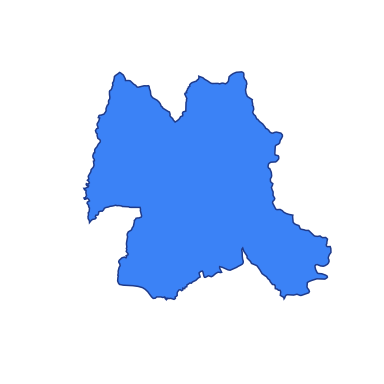 Quirinópolis, Goiás, Brazil (Mercator projection), rotated 67°
{"feature_id": "56859067B31652002665085", "entity_name": "Quirinópolis", "entity_type": "district", "adm_level": 2, "iso_a3": "BRA", "parent_name": "Brazil", "parent_adm1": "Goiás", "projection": "mercator", "projection_center": [-50.519, -18.453], "detail": "fine", "context": "isolated", "style": "filled", "palette": "blue", "viewbox_px": 384, "rotation_deg": 67, "n_neighbors": 0, "source": "geoboundaries", "source_scale": "gbopen_adm2", "svg_char_len": 6028}
<svg xmlns="http://www.w3.org/2000/svg" viewBox="0 0 384 384"><g transform="rotate(67 192 192)"><path d="M274.8,269.3L275.4,267.3L274.8,265.5L276.5,261.5L277.7,260.1L278.0,258.2L279.7,258.3L280.9,257.8L279.9,257.2L280.8,256.8L280.3,255.8L281.0,255.1L281.6,253.1L283.8,250.5L283.5,248.9L282.1,248.6L281.9,247.2L281.5,246.1L279.3,245.2L278.4,244.5L277.1,242.3L277.3,241.1L278.8,240.1L278.5,238.6L277.0,238.1L278.1,236.5L276.8,235.3L277.2,233.9L275.4,232.7L275.4,231.4L274.9,229.8L275.7,228.1L275.0,226.9L274.8,222.9L273.6,219.8L273.4,217.7L269.3,217.2L268.5,215.0L268.9,213.3L269.9,213.2L273.9,213.9L275.4,213.8L275.8,213.0L275.5,209.6L277.5,207.4L277.5,205.8L276.3,202.0L276.0,199.7L276.3,198.7L277.3,197.3L277.5,196.1L272.8,196.3L271.5,195.7L273.3,193.4L277.8,189.2L278.9,187.4L278.8,180.2L278.5,178.8L278.3,175.7L278.0,173.8L277.2,172.6L275.8,171.9L273.4,171.6L270.8,170.8L266.9,169.3L265.3,169.1L264.1,168.4L263.4,167.2L266.7,167.4L272.6,166.3L273.4,166.8L274.4,167.0L278.7,165.3L281.0,165.1L284.9,161.3L285.7,160.9L290.4,159.9L294.5,159.4L297.7,157.5L299.0,156.5L301.5,156.0L303.4,155.0L305.1,155.0L308.5,154.1L309.6,152.3L310.9,152.1L313.5,153.1L314.7,151.5L316.1,150.9L317.0,149.3L318.7,149.4L321.6,151.1L324.9,148.7L326.3,149.0L325.6,147.9L324.5,147.0L323.7,145.6L323.8,144.3L326.6,138.7L327.1,135.3L329.5,132.8L329.9,131.7L330.4,124.0L329.5,122.8L327.8,122.7L325.4,123.3L324.2,123.2L320.4,121.2L320.1,119.2L320.2,116.2L320.7,111.0L324.1,103.7L323.8,101.6L323.3,100.6L322.1,100.5L320.7,101.5L318.0,104.4L316.2,107.8L315.2,108.3L311.7,108.5L309.3,108.1L308.1,107.7L307.4,106.6L307.7,105.1L310.3,102.5L311.6,100.2L311.8,98.6L311.6,96.9L311.4,95.6L310.6,94.1L309.5,93.0L308.1,92.5L306.5,92.5L305.3,92.0L303.3,90.0L301.9,87.7L298.3,86.3L296.2,86.1L295.2,88.8L294.4,89.3L293.0,89.0L291.9,87.9L290.7,87.4L288.3,85.7L286.1,86.7L285.0,89.7L283.8,90.6L282.5,91.3L282.0,93.6L280.9,95.7L280.1,96.6L272.9,99.7L271.8,102.3L270.5,103.7L268.9,106.1L268.2,106.7L264.7,106.7L262.4,109.2L261.0,110.2L259.3,110.7L253.9,109.0L252.7,108.2L250.5,111.5L248.5,113.8L246.3,115.5L244.4,116.2L242.5,117.7L241.4,120.8L240.4,121.6L233.5,122.1L232.3,121.4L231.3,119.2L230.2,118.3L226.8,118.7L223.6,117.3L221.1,117.4L218.8,117.1L217.3,115.4L215.9,114.3L214.3,115.3L212.9,115.6L210.6,114.8L209.2,113.0L208.1,112.3L204.8,111.3L200.8,111.3L200.1,112.1L198.6,112.2L197.0,111.3L196.1,110.6L195.6,109.5L195.4,107.7L197.0,103.2L196.5,101.4L195.3,99.2L193.5,98.4L192.3,98.5L190.4,100.9L189.1,100.8L182.3,97.4L181.7,96.1L181.7,93.9L181.1,92.2L178.8,90.5L177.8,88.9L176.1,87.0L174.7,86.5L172.5,87.2L169.8,90.9L169.4,92.6L169.4,94.6L168.7,95.8L167.7,96.6L166.8,97.0L165.0,97.3L162.8,98.6L162.2,99.4L161.1,99.3L157.1,100.3L153.5,102.3L150.8,103.1L150.0,103.9L146.7,103.9L144.6,104.9L142.3,105.0L139.9,102.8L137.1,102.1L135.7,102.5L134.9,101.8L131.4,101.1L130.6,100.4L125.7,103.7L122.2,103.7L118.8,102.8L116.4,100.9L115.2,100.5L114.0,99.3L111.0,98.7L108.1,99.4L105.6,99.2L104.6,98.5L102.8,98.0L101.7,98.5L100.8,99.4L99.1,104.5L99.1,107.9L99.6,110.5L100.4,112.8L104.2,115.2L105.1,116.8L105.5,118.9L104.0,120.8L103.5,121.8L103.2,124.5L102.2,125.6L100.0,131.1L99.0,132.3L95.9,134.2L93.2,136.3L91.1,137.3L88.1,140.5L89.5,140.9L90.7,142.1L90.9,143.4L91.6,144.5L91.3,149.2L91.7,150.9L92.5,152.3L93.8,152.7L94.0,154.3L94.8,154.6L95.2,155.7L96.3,156.5L97.4,158.1L98.5,158.1L98.3,159.6L98.9,160.4L103.9,160.2L104.8,161.0L106.2,161.5L107.2,162.5L115.1,166.1L114.8,168.7L115.3,169.6L116.2,170.2L117.1,170.2L118.2,170.8L118.2,173.1L119.7,175.0L120.6,177.7L121.0,180.2L118.4,181.1L116.9,181.1L114.0,182.4L112.9,182.4L112.0,181.8L109.5,181.5L108.5,182.5L103.5,186.0L102.2,186.1L101.2,186.8L98.3,186.8L96.4,187.2L94.0,188.2L90.0,191.3L88.1,191.9L86.5,192.0L82.9,190.9L80.3,190.8L77.9,190.2L77.1,190.6L76.7,192.0L75.5,194.6L74.5,200.7L73.8,201.6L71.7,202.2L70.0,203.5L65.6,205.4L64.8,206.4L63.4,209.7L61.8,209.2L57.5,209.5L54.3,211.3L53.6,212.0L54.1,213.4L54.9,217.2L55.6,218.5L56.7,219.0L59.6,221.0L60.7,222.6L63.0,223.2L63.9,224.4L65.0,225.0L65.8,225.9L66.4,226.8L66.6,228.0L67.2,228.7L70.1,229.9L72.7,230.6L74.3,231.5L75.0,232.8L75.8,233.4L77.8,234.1L78.8,235.0L79.0,236.0L80.7,237.7L81.9,238.7L83.6,239.3L84.5,240.3L86.0,242.9L85.7,244.3L85.8,245.4L85.3,246.7L85.3,247.7L86.9,249.2L87.8,248.1L90.3,250.1L92.2,252.7L93.3,253.2L94.7,253.1L96.5,253.5L96.5,255.1L97.8,256.9L100.1,257.1L101.5,256.5L103.0,257.3L105.8,257.7L107.9,256.4L109.2,256.4L110.2,257.1L111.4,259.6L113.3,261.9L114.3,264.1L115.2,265.1L117.8,266.2L117.7,267.2L119.6,268.9L120.9,269.5L122.3,269.6L123.7,269.2L125.1,269.6L125.1,270.7L129.0,271.7L130.6,273.1L132.0,276.1L133.9,277.3L137.0,281.4L139.7,281.9L140.3,283.7L141.7,283.0L143.5,282.9L144.2,284.5L143.0,285.9L143.8,286.5L144.8,286.4L146.0,284.8L146.7,285.4L146.9,289.0L146.4,290.1L148.1,290.0L149.1,288.9L151.3,290.0L153.9,290.4L155.5,292.4L155.3,293.8L156.7,293.7L157.1,292.6L156.7,290.9L158.4,290.0L160.1,289.8L160.4,292.2L161.4,293.0L163.9,292.4L165.3,292.9L166.6,292.6L169.9,294.3L170.5,295.6L172.8,296.3L173.9,297.3L176.0,298.0L178.4,297.7L180.1,298.3L178.8,295.9L178.4,294.3L178.9,291.7L178.3,290.3L176.9,290.6L175.8,289.6L176.4,287.8L175.8,286.8L173.8,285.6L173.9,283.6L174.6,282.1L173.8,280.2L172.8,279.2L172.6,277.5L173.2,274.5L173.1,273.4L173.9,270.4L174.4,267.3L175.3,266.4L175.9,264.6L177.4,262.2L178.1,261.8L180.9,256.0L181.8,255.3L185.9,245.8L187.7,246.1L188.9,246.8L194.3,247.7L195.2,248.4L195.2,250.8L194.6,252.4L194.3,253.8L195.1,254.7L195.7,256.3L196.7,256.6L200.6,259.3L201.8,261.2L203.0,262.2L203.4,263.1L203.8,266.2L205.3,268.0L206.2,268.5L208.1,268.8L212.8,271.9L214.3,272.7L217.3,273.5L218.3,274.5L219.5,274.5L221.1,275.8L223.6,275.0L224.8,275.4L224.9,277.5L226.0,277.5L226.8,278.5L225.5,279.6L225.2,282.2L226.4,285.6L227.3,286.6L228.6,286.9L229.5,286.5L231.7,286.9L233.0,288.6L236.0,290.9L237.9,291.6L239.6,292.8L240.5,292.6L241.6,293.5L244.8,295.2L247.0,295.3L248.7,294.9L250.9,291.7L255.1,283.1L257.9,278.4L260.7,274.9L263.3,273.1L266.5,271.7L272.8,270.2L274.8,269.3Z" fill="#3b82f6" stroke="#1e3a8a" stroke-width="1.5"/></g></svg>